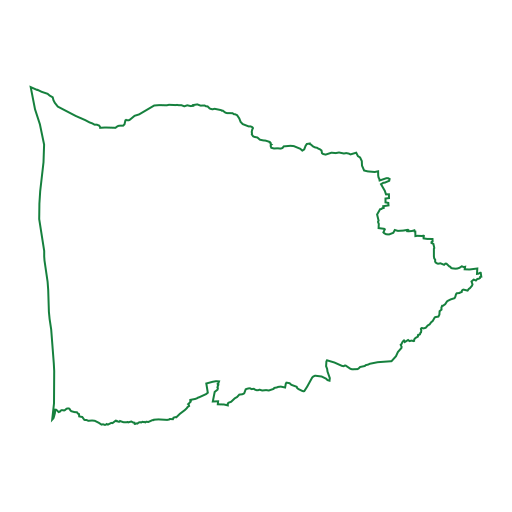 Kota Mataram, Nusa Tenggara Barat, Indonesia (Albers equal-area conic projection)
{"feature_id": "22746128B34810169298981", "entity_name": "Kota Mataram", "entity_type": "district", "adm_level": 2, "iso_a3": "IDN", "parent_name": "Indonesia", "parent_adm1": "Nusa Tenggara Barat", "projection": "albers", "projection_center": [116.126, -8.589], "detail": "fine", "context": "isolated", "style": "outline", "palette": "green", "viewbox_px": 512, "rotation_deg": 0, "n_neighbors": 0, "source": "geoboundaries", "source_scale": "gbopen_adm2", "svg_char_len": 6051}
<svg xmlns="http://www.w3.org/2000/svg" viewBox="0 0 512 512"><path d="M52.2,419.6L53.4,418.3L53.9,416.9L54.9,413.1L55.2,409.7L56.0,409.7L56.6,410.1L58.7,412.1L60.1,411.5L60.5,410.8L61.5,410.2L63.1,410.2L64.0,410.5L64.8,410.2L66.6,408.7L68.1,408.4L69.2,408.6L70.0,409.5L70.3,410.3L71.3,411.2L74.5,412.1L77.0,412.3L77.9,413.6L79.0,414.1L79.2,416.4L82.3,417.0L84.2,419.7L84.9,420.0L86.5,420.0L88.3,420.8L92.1,420.5L94.8,420.8L98.8,422.8L101.5,424.6L103.0,424.3L104.9,424.9L105.8,424.7L106.7,424.0L107.9,424.6L111.3,422.9L112.5,423.1L115.8,420.6L116.5,420.8L116.2,422.1L116.5,421.1L118.9,421.8L119.5,421.7L120.0,421.0L123.3,422.2L126.1,422.3L127.7,422.0L128.2,422.4L131.3,421.5L133.1,422.5L134.4,422.7L134.6,423.8L134.9,424.0L136.6,423.4L137.4,423.6L138.6,422.6L139.5,422.3L140.2,422.2L141.1,422.5L142.4,421.8L143.3,422.1L144.1,421.9L145.3,422.4L146.3,421.7L148.3,422.0L152.5,420.1L153.6,420.1L153.9,419.7L158.5,419.4L167.2,419.9L169.2,419.5L169.8,419.0L172.9,419.2L173.5,417.7L175.5,417.1L176.3,417.3L179.9,413.8L184.8,410.1L186.8,408.2L187.5,407.1L189.1,406.0L188.7,404.5L188.2,404.1L190.6,401.8L190.9,400.7L190.3,400.7L190.3,399.9L195.4,398.9L197.4,398.1L198.2,397.5L199.1,397.3L206.1,394.1L207.8,392.7L206.3,383.5L212.6,381.8L216.0,381.2L219.0,381.4L218.2,383.7L217.7,383.8L217.8,384.8L218.3,385.0L217.4,387.3L217.9,388.1L217.5,389.7L214.7,391.9L212.8,401.5L218.1,401.3L217.8,404.3L224.0,404.5L227.8,405.4L227.8,403.5L228.6,402.7L231.1,401.8L234.8,398.3L237.1,397.0L239.3,394.6L242.1,394.3L243.7,393.7L244.3,393.1L245.7,389.3L247.3,388.7L249.2,388.3L250.0,388.3L251.5,389.1L253.8,388.8L255.1,389.7L256.6,390.2L258.1,390.2L259.6,389.7L262.2,390.5L266.1,390.1L268.8,390.5L273.6,388.9L274.3,387.9L276.7,387.5L278.2,386.9L280.8,386.6L285.1,387.5L285.8,383.7L286.4,382.7L286.8,382.7L289.6,383.2L291.3,384.8L296.7,386.8L297.2,388.1L298.5,389.1L302.4,391.0L303.7,391.3L304.3,391.1L307.2,386.6L312.2,377.5L313.3,376.5L315.1,375.7L321.6,376.5L326.1,378.7L327.5,380.1L329.5,380.7L329.8,378.1L327.5,371.6L327.1,368.8L326.1,366.2L326.4,361.5L327.0,360.3L334.4,362.5L342.0,365.9L343.7,366.2L344.9,365.5L345.7,365.6L350.4,368.8L352.1,369.3L357.5,369.1L358.6,368.5L360.1,367.0L364.8,366.0L365.6,365.2L368.4,364.5L369.7,363.8L377.7,362.2L391.5,361.2L396.0,356.2L397.9,352.0L401.4,348.0L401.6,346.8L400.7,344.8L401.4,344.2L402.5,342.0L403.4,340.9L404.0,340.4L404.2,340.6L404.8,342.0L408.1,340.0L409.5,341.1L411.6,340.6L413.6,341.1L414.1,340.9L414.1,340.0L414.7,338.7L415.9,337.7L417.8,336.7L418.1,335.9L417.9,335.2L418.2,334.8L419.6,334.6L420.0,334.2L420.4,332.8L421.0,332.4L421.3,330.5L420.9,328.9L421.3,328.3L421.8,328.0L423.5,328.4L425.7,327.8L427.7,325.5L429.6,324.4L431.1,322.3L432.7,321.0L434.7,317.5L435.3,317.1L438.4,316.6L439.4,314.6L439.6,311.2L441.5,309.6L441.4,307.7L442.1,305.8L442.9,305.8L445.2,304.2L447.0,301.4L447.9,300.8L450.7,299.4L454.5,298.2L455.3,296.8L456.0,294.3L456.7,293.3L459.6,293.0L459.9,292.6L461.7,292.0L461.9,290.8L462.5,290.0L463.4,289.6L467.6,290.6L468.8,288.9L469.9,288.2L472.0,285.7L472.5,284.3L471.5,281.5L473.7,279.6L475.9,280.5L477.4,278.9L478.7,278.8L480.0,278.0L480.2,276.9L481.3,276.7L480.7,272.8L480.2,272.7L478.4,273.7L477.0,273.9L477.3,268.5L469.5,269.5L464.7,269.3L465.1,266.8L463.8,267.1L461.8,266.3L459.5,267.8L457.4,268.5L455.5,268.7L452.0,268.3L451.2,268.0L450.2,266.7L449.4,266.5L446.5,263.7L445.4,263.6L444.1,264.8L440.4,263.3L438.5,263.7L437.4,263.6L435.6,262.5L435.1,261.4L435.2,259.8L434.2,258.3L433.9,256.4L433.9,248.7L434.3,248.0L433.4,243.9L431.5,243.0L431.5,242.1L432.6,241.3L432.5,239.0L427.0,238.9L423.6,238.4L423.5,237.6L423.9,235.9L423.6,235.7L421.8,236.0L417.4,235.8L415.4,236.1L415.3,231.5L414.5,231.4L414.3,230.3L412.0,231.0L408.5,231.3L407.5,231.2L408.2,230.0L407.9,229.8L403.1,230.6L397.9,230.9L394.8,230.0L393.3,232.8L389.2,234.4L387.9,234.4L386.0,234.2L384.2,233.2L383.4,232.4L384.8,229.3L384.1,228.8L378.6,228.1L378.8,223.9L378.1,222.2L378.1,221.5L378.6,220.7L377.1,214.5L380.1,209.2L381.5,209.0L382.1,208.3L383.7,208.0L383.7,207.6L383.3,207.4L383.2,206.2L388.5,205.4L388.3,202.9L385.5,202.4L385.5,198.5L389.0,198.1L388.9,194.3L386.0,194.4L384.8,190.8L381.0,184.2L383.3,182.8L384.9,182.6L389.2,180.8L389.6,179.0L388.1,178.2L386.4,178.2L379.6,180.5L379.2,178.5L378.6,177.7L378.2,175.6L378.1,171.3L374.7,172.0L367.8,171.4L364.1,170.5L362.0,165.6L361.8,161.1L360.1,157.5L357.9,156.1L356.2,152.7L350.5,154.4L348.8,153.6L346.3,153.1L343.9,153.5L339.0,152.5L335.7,153.1L331.5,152.7L325.6,154.6L323.1,154.0L322.0,153.2L321.5,150.5L319.8,149.2L318.4,148.7L317.1,147.8L315.0,147.4L313.0,146.4L311.0,144.6L309.9,144.1L309.8,143.5L306.8,144.0L305.6,145.8L304.2,149.4L302.3,150.6L300.3,148.8L293.8,146.1L290.4,145.8L283.7,146.4L282.5,148.0L280.7,148.6L277.6,148.3L274.0,148.5L271.3,147.8L270.7,146.2L270.7,145.0L271.3,144.6L270.9,144.4L270.6,142.9L269.7,142.5L269.7,141.9L265.5,140.6L263.2,140.4L259.9,139.7L257.4,137.5L254.4,136.9L253.1,136.3L251.8,134.4L252.0,133.1L251.7,132.0L252.3,129.3L252.9,128.4L252.8,127.7L252.0,127.0L250.5,126.4L248.6,126.4L242.7,124.1L240.6,121.9L239.3,118.5L237.1,115.2L235.2,114.3L233.9,114.2L232.5,113.2L227.0,113.1L225.9,112.8L225.2,112.5L222.7,110.6L221.8,110.7L221.0,110.1L214.6,108.8L212.5,109.3L210.4,108.8L209.6,108.4L207.6,106.4L206.0,106.3L204.6,105.5L200.5,105.6L197.3,104.4L193.0,105.1L193.2,105.8L190.7,106.1L187.3,105.3L184.3,106.3L181.4,105.2L178.7,105.2L177.0,104.9L175.8,105.1L169.0,104.8L166.7,105.3L159.5,105.1L154.2,105.5L139.1,114.4L134.6,115.8L129.5,120.0L128.6,120.3L126.7,120.2L126.1,119.9L125.4,120.4L124.5,124.3L123.1,125.7L119.8,125.7L118.3,125.9L116.7,126.8L115.5,127.8L105.3,127.5L100.2,127.8L100.2,127.2L99.2,125.6L96.9,124.7L94.6,124.7L92.3,123.4L89.5,122.4L85.2,120.1L76.0,116.1L57.8,106.6L54.8,102.8L53.5,100.3L52.7,97.3L49.7,95.6L47.6,93.8L41.6,91.8L37.5,89.8L37.2,90.0L30.7,87.1L35.0,109.2L39.9,124.3L44.1,144.6L43.5,162.3L40.2,191.1L39.4,203.5L39.2,219.1L44.2,251.0L44.2,256.5L44.5,260.6L47.6,281.8L48.2,289.9L48.9,311.9L49.6,319.0L51.2,329.6L53.8,363.5L54.2,371.1L54.0,403.4L52.2,419.6Z" fill="none" stroke="#15803d" stroke-width="2"/></svg>